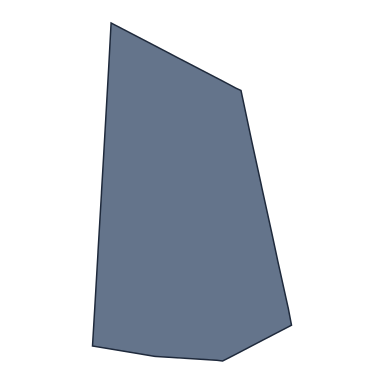 Saku, Eastern, Kenya
{"feature_id": "3690345B97968692323011", "entity_name": "Saku", "entity_type": "district", "adm_level": 2, "iso_a3": "KEN", "parent_name": "Kenya", "parent_adm1": "Eastern", "projection": "equal_earth", "projection_center": [37.99, 2.373], "detail": "fine", "context": "isolated", "style": "filled", "palette": "slate", "viewbox_px": 384, "rotation_deg": 0, "n_neighbors": 0, "source": "geoboundaries", "source_scale": "gbopen_adm2", "svg_char_len": 539}
<svg xmlns="http://www.w3.org/2000/svg" viewBox="0 0 384 384"><path d="M272.2,234.9L261.7,187.1L261.4,185.5L251.9,142.0L241.0,90.5L235.8,88.1L223.8,81.7L178.0,57.9L177.6,57.7L160.1,48.5L111.1,23.0L108.6,69.1L103.5,158.2L101.5,192.3L101.5,193.0L98.0,251.9L98.0,252.4L97.9,254.3L94.8,307.5L92.5,346.0L153.1,356.1L154.9,356.4L217.1,360.3L222.6,361.0L233.0,355.7L263.0,340.0L263.4,339.8L273.6,334.5L291.5,325.2L288.2,307.9L287.9,306.7L277.9,261.6L277.7,260.8L277.5,259.7L272.2,234.9Z" fill="#64748b" stroke="#1e293b" stroke-width="1.5"/></svg>